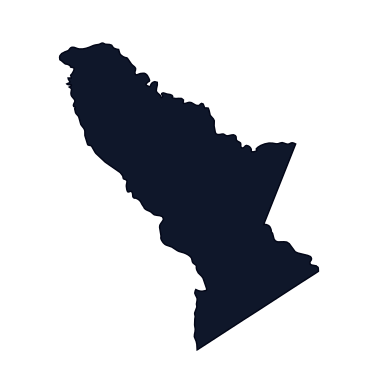 map outline of Pando (Robinson projection), rotated 264°
{"feature_id": "BOL-1938", "entity_name": "Pando", "entity_type": "Department", "adm_level": 1, "iso_a3": "BOL", "parent_name": "Bolivia", "parent_adm1": "", "projection": "robinson", "projection_center": [-66.899, -11.088], "detail": "fine", "context": "isolated", "style": "filled", "palette": "ink", "viewbox_px": 384, "rotation_deg": 264, "n_neighbors": 0, "source": "natural_earth", "source_scale": "10m", "svg_char_len": 5023}
<svg xmlns="http://www.w3.org/2000/svg" viewBox="0 0 384 384"><g transform="rotate(264 192 192)"><path d="M338.0,74.4L339.9,74.4L341.3,74.9L343.3,76.9L344.3,79.5L344.5,79.8L345.5,83.5L346.2,84.5L347.2,85.4L348.1,86.5L348.5,87.8L348.2,89.8L346.6,93.2L346.0,95.0L345.7,98.4L346.0,101.8L346.7,105.0L348.0,109.3L348.3,111.1L348.5,114.7L348.7,115.6L349.4,117.5L349.5,118.4L349.3,119.2L348.0,121.3L347.3,125.4L346.4,127.4L343.6,128.9L342.6,130.5L341.8,132.3L341.4,133.9L337.5,134.6L336.3,135.1L335.3,136.0L333.9,137.5L332.8,139.4L332.3,141.0L331.8,141.7L325.4,145.2L324.0,146.4L322.5,147.9L320.9,148.8L319.3,148.6L317.7,147.9L316.2,147.6L314.5,148.2L314.3,149.6L314.8,151.3L315.2,153.1L315.2,155.2L315.1,156.8L314.4,158.2L312.7,159.7L309.5,161.0L307.5,161.5L306.6,161.1L306.3,160.3L305.5,159.0L304.5,157.9L303.6,157.4L302.7,158.1L301.7,159.7L301.2,161.2L301.9,161.9L303.3,162.4L304.5,163.5L305.3,165.0L305.6,166.5L304.7,168.9L302.1,168.7L298.9,167.6L296.1,167.0L294.4,167.8L291.4,170.5L289.0,171.3L289.1,171.9L289.5,172.4L290.0,172.8L290.8,172.8L292.3,172.1L293.1,172.2L293.6,173.6L293.0,175.3L292.1,177.2L291.2,180.5L290.3,182.1L289.2,182.8L288.0,182.0L287.4,183.1L286.6,185.6L286.5,188.6L286.1,191.4L284.4,193.1L283.2,192.9L281.9,192.5L281.0,192.8L280.8,194.8L281.4,197.8L281.4,199.2L280.9,200.8L278.2,204.5L277.6,205.8L277.3,207.8L277.8,208.8L278.6,209.6L279.1,210.8L278.3,212.3L274.3,213.4L274.1,215.2L273.7,216.9L271.4,217.5L266.4,218.1L262.4,220.9L260.5,221.6L255.5,220.9L248.8,221.4L247.1,222.2L246.4,223.8L246.3,225.9L246.5,228.0L246.3,229.5L244.5,231.8L244.1,233.4L244.6,237.5L244.5,239.4L243.5,241.0L242.3,241.6L239.7,241.5L238.5,241.9L237.5,243.0L236.6,244.4L235.6,245.4L234.2,245.5L233.0,245.3L231.5,245.4L230.5,246.1L230.6,247.7L231.4,249.0L232.3,249.9L232.6,251.1L231.8,253.0L230.8,254.1L229.6,254.9L228.3,255.4L227.0,255.2L225.8,255.5L225.5,257.2L225.8,259.3L226.4,260.7L226.9,260.9L227.4,260.7L227.8,260.4L228.1,260.4L228.5,260.8L229.6,262.2L231.1,265.3L232.2,269.4L232.6,273.6L232.2,277.0L231.1,280.9L231.0,282.7L231.5,284.8L231.7,286.8L231.0,288.6L230.1,290.4L229.5,292.3L229.7,293.9L230.3,295.3L230.5,296.7L230.0,298.3L228.9,300.1L153.6,260.6L152.2,260.2L152.3,260.6L151.7,262.8L150.6,264.7L149.4,265.7L147.6,266.4L145.8,266.8L144.3,266.7L142.3,267.8L136.8,268.6L134.6,269.8L133.4,272.1L132.9,278.2L132.3,281.0L130.4,283.3L121.7,288.4L120.2,291.0L116.8,300.5L115.4,303.0L114.5,303.6L113.0,303.9L111.8,303.4L110.7,302.4L109.5,301.8L107.7,302.1L106.9,303.3L105.5,307.9L105.1,308.1L104.2,309.2L103.8,309.5L103.1,309.6L100.7,309.5L99.9,309.4L98.0,305.8L90.4,290.6L82.7,275.5L75.0,260.4L67.3,245.3L59.7,230.1L52.0,215.0L44.3,199.9L36.6,184.8L36.3,184.3L36.1,183.7L35.8,183.2L35.5,182.7L35.3,182.2L35.0,181.7L34.7,181.2L34.5,180.6L40.0,180.9L42.9,180.6L47.8,179.2L50.2,179.6L52.7,180.4L55.3,180.9L59.5,180.7L65.2,181.5L67.9,182.2L70.5,181.9L71.6,182.1L77.1,184.8L77.4,184.8L78.1,184.8L78.4,184.8L80.1,184.7L83.6,185.7L85.4,186.0L87.2,185.5L89.2,184.7L91.2,184.2L93.4,184.9L94.6,185.6L93.4,187.6L92.6,189.6L92.2,191.7L92.5,195.2L92.7,195.9L93.3,196.4L94.6,196.4L105.1,194.0L107.1,192.9L110.9,189.8L114.0,188.6L115.3,188.4L116.5,188.4L117.8,188.6L118.8,188.3L121.1,185.8L122.5,185.1L125.9,184.7L127.2,184.1L128.7,182.9L130.1,181.3L131.3,179.5L132.3,177.7L134.3,172.8L135.3,171.2L139.4,166.2L142.0,160.7L143.0,159.4L144.7,158.0L147.0,156.8L148.2,156.4L149.4,156.2L151.5,156.6L160.3,156.1L161.4,156.3L162.4,156.6L163.8,157.6L166.7,160.1L168.1,160.8L170.6,160.0L171.8,157.6L172.5,154.6L173.3,152.1L174.1,151.2L176.4,149.1L177.3,147.8L178.7,145.3L179.5,144.2L180.7,143.0L182.1,142.5L184.7,141.1L187.7,139.9L189.2,138.9L190.5,137.5L191.5,136.0L191.9,135.0L191.9,134.3L192.1,133.7L192.9,133.0L193.5,132.7L196.8,132.7L197.6,132.5L198.4,132.2L199.0,131.7L199.1,130.9L198.7,129.1L198.8,128.3L199.8,127.7L201.5,127.4L204.6,127.3L205.9,127.5L208.8,128.4L210.0,128.4L210.9,127.8L211.5,126.9L211.9,125.9L212.4,125.2L213.2,125.0L214.7,124.9L215.5,124.7L218.9,122.6L230.7,108.9L240.4,100.5L241.8,99.7L247.8,97.1L248.5,96.5L248.9,95.9L249.1,94.9L249.4,94.1L249.8,93.4L250.6,93.1L259.3,91.4L263.8,91.8L265.2,91.6L266.7,91.0L269.7,89.1L270.9,88.5L278.1,87.3L279.5,86.8L281.8,85.1L283.0,84.5L287.1,84.0L287.4,84.2L287.6,84.5L288.0,84.8L288.4,84.9L288.7,84.6L289.2,83.6L289.5,83.3L290.6,83.1L291.0,83.2L291.9,83.6L293.9,84.8L294.9,85.1L296.3,84.7L299.6,82.5L300.9,82.0L302.2,81.9L303.3,82.0L306.3,82.8L307.1,82.9L308.0,82.3L309.2,80.9L309.4,81.5L309.7,82.2L310.1,82.9L310.5,83.2L311.3,83.1L311.5,82.4L311.4,81.5L311.5,80.8L312.1,79.2L312.6,78.8L313.0,79.9L313.2,80.7L313.4,81.3L313.8,81.8L314.4,82.1L317.2,80.8L318.3,80.7L318.1,82.6L317.8,83.7L318.1,83.9L318.7,83.8L319.3,83.9L319.5,83.9L320.3,83.6L320.6,83.5L321.1,83.8L321.7,84.6L322.1,85.0L324.3,86.6L325.4,87.2L326.7,87.6L327.6,87.5L327.9,87.1L328.1,86.6L328.5,86.0L328.6,85.7L328.6,84.9L328.8,84.6L329.1,84.3L330.0,84.2L330.3,84.0L331.2,82.9L331.9,81.7L332.2,80.9L332.5,79.7L333.0,78.9L336.3,75.8L337.3,74.5L338.0,74.4Z" fill="#0f172a" stroke="#020617" stroke-width="1.5"/></g></svg>